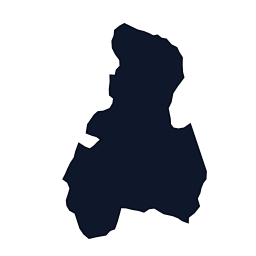 Macuco, Rio de Janeiro, Brazil, rotated 172°
{"feature_id": "56859067B22562861602233", "entity_name": "Macuco", "entity_type": "district", "adm_level": 2, "iso_a3": "BRA", "parent_name": "Brazil", "parent_adm1": "Rio de Janeiro", "projection": "natural_earth1", "projection_center": [-42.27, -22.033], "detail": "fine", "context": "isolated", "style": "filled", "palette": "ink", "viewbox_px": 256, "rotation_deg": 172, "n_neighbors": 0, "source": "geoboundaries", "source_scale": "gbopen_adm2", "svg_char_len": 1349}
<svg xmlns="http://www.w3.org/2000/svg" viewBox="0 0 256 256"><g transform="rotate(172 128 128)"><path d="M58.1,66.7L56.7,74.1L65.8,123.3L72.4,120.0L78.2,119.8L83.3,121.5L85.6,125.8L85.1,131.3L85.4,136.3L85.7,142.1L81.9,147.8L78.9,156.4L73.4,162.7L69.0,167.1L65.8,170.4L66.4,175.7L65.8,183.1L64.6,190.2L67.1,195.7L68.6,200.7L73.8,204.3L77.8,210.6L82.4,212.0L85.9,215.7L90.3,215.5L94.1,218.3L99.0,221.1L104.9,223.5L111.5,227.9L117.1,231.7L122.1,229.8L127.5,226.5L128.6,221.5L131.6,216.3L132.1,209.4L130.0,203.1L126.5,196.6L127.0,190.4L131.4,186.9L133.2,181.7L138.3,182.8L139.0,176.5L140.9,169.0L141.5,163.2L137.9,159.5L139.3,154.4L143.1,149.7L149.9,147.9L155.5,148.1L159.6,145.4L163.6,141.0L167.3,137.1L169.8,128.9L164.4,125.9L160.1,124.0L156.4,120.3L160.1,117.9L163.6,115.1L168.6,112.3L173.2,114.8L178.8,119.6L182.7,112.3L185.2,106.1L189.6,101.1L193.1,95.9L196.3,90.6L199.3,86.5L195.2,82.6L193.6,76.3L195.8,71.3L198.9,65.0L199.1,59.8L197.1,54.8L192.1,51.0L189.4,35.5L186.4,29.3L181.9,24.3L175.7,24.9L170.4,25.1L164.9,25.3L160.2,29.2L155.5,30.1L151.8,37.2L148.7,44.3L146.2,50.4L140.9,49.4L134.7,46.9L128.6,45.0L123.9,42.7L118.7,45.3L112.9,45.3L109.0,42.0L104.3,38.3L95.6,35.1L90.3,32.0L87.0,28.8L81.7,26.0L80.8,31.2L74.2,35.0L68.3,40.6L69.5,48.5L66.0,53.8L64.2,58.7L61.5,63.4L58.1,66.7Z" fill="#0f172a" stroke="#020617" stroke-width="1.5"/></g></svg>